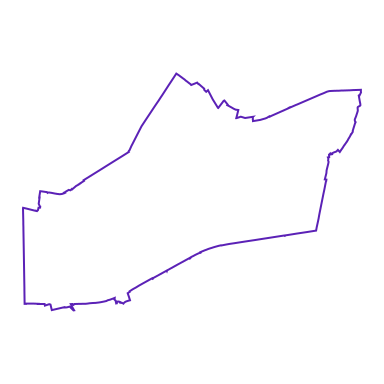 outline of Geldrop-Mierlo, Noord-Brabant, Netherlands
{"feature_id": "6326949B89092473221427", "entity_name": "Geldrop-Mierlo", "entity_type": "district", "adm_level": 2, "iso_a3": "NLD", "parent_name": "Netherlands", "parent_adm1": "Noord-Brabant", "projection": "albers", "projection_center": [5.589, 51.432], "detail": "fine", "context": "isolated", "style": "outline", "palette": "violet", "viewbox_px": 384, "rotation_deg": 0, "n_neighbors": 0, "source": "geoboundaries", "source_scale": "gbopen_adm2", "svg_char_len": 5541}
<svg xmlns="http://www.w3.org/2000/svg" viewBox="0 0 384 384"><path d="M24.6,303.9L25.6,303.9L25.5,303.6L33.5,303.6L38.5,303.8L38.4,304.0L44.6,304.0L44.9,305.6L47.1,304.9L49.2,304.2L49.8,304.3L50.5,304.6L51.8,310.1L64.3,307.2L64.3,307.5L64.5,307.5L66.7,307.4L69.4,306.7L69.7,306.6L72.2,309.1L73.5,310.4L74.1,310.3L72.5,307.5L72.4,307.5L72.3,307.3L72.1,307.0L71.9,306.4L71.7,306.0L71.5,305.5L71.3,305.1L71.1,304.7L70.8,304.1L72.6,304.0L73.2,304.7L73.4,304.9L73.7,304.7L73.9,304.6L74.0,304.5L74.5,304.0L78.0,303.9L79.8,303.9L80.3,303.9L82.4,303.8L83.7,303.8L85.5,303.8L87.4,303.6L90.1,303.2L90.4,303.2L92.8,303.0L95.5,302.9L98.8,302.5L100.7,302.2L104.2,301.5L106.4,301.0L107.6,300.3L110.3,299.6L111.0,299.3L113.0,298.6L114.7,297.9L114.6,298.8L114.2,299.3L114.4,299.5L114.8,299.9L115.3,300.4L115.5,300.5L115.7,300.8L115.7,301.0L115.9,302.1L115.9,302.3L116.2,303.1L116.2,303.4L116.8,303.3L116.8,303.2L116.8,302.9L117.2,301.6L118.9,301.5L119.4,302.0L120.1,302.7L120.6,302.2L121.5,302.9L121.9,302.8L123.4,303.6L123.5,303.4L123.6,303.2L125.2,301.9L125.6,301.7L126.3,301.4L127.8,300.9L130.0,300.3L129.8,299.6L129.4,298.4L129.0,297.0L128.2,294.7L127.7,293.2L128.0,293.0L129.5,292.0L129.7,291.9L129.6,291.3L131.3,290.2L132.5,289.4L134.1,288.5L135.4,287.8L136.1,287.4L139.0,285.6L143.1,283.3L152.3,278.2L152.7,278.8L153.0,278.6L153.1,278.1L162.2,273.1L166.0,271.0L166.7,270.6L166.9,271.0L167.1,270.4L178.1,264.3L188.9,258.4L189.7,258.7L190.0,258.4L189.3,258.2L191.6,256.8L193.3,256.0L194.9,255.1L196.5,254.3L198.2,253.5L199.8,252.8L200.3,252.9L200.6,252.7L200.3,252.2L201.4,251.7L203.1,251.0L204.8,250.3L206.5,249.7L208.2,249.0L210.0,248.4L211.7,247.9L213.5,247.3L215.2,246.8L217.0,246.3L218.8,245.8L221.0,245.3L221.2,245.5L226.3,244.5L227.4,244.3L229.6,243.9L234.4,243.2L238.2,242.6L244.0,241.7L247.9,241.1L254.6,240.1L262.9,238.8L266.2,238.3L277.1,236.6L284.2,235.5L284.5,235.8L284.8,235.9L285.2,235.4L288.5,234.9L296.6,233.6L306.0,232.2L316.1,230.6L316.7,227.3L318.0,221.4L318.6,218.5L319.1,215.6L319.7,212.5L321.7,202.5L323.4,194.0L324.4,189.3L325.9,181.6L326.2,181.1L326.4,179.6L324.8,179.4L325.8,175.5L326.4,173.1L326.6,170.3L328.2,163.9L328.6,161.9L328.1,160.5L328.4,158.7L327.9,157.4L329.2,157.1L329.0,154.7L329.5,154.2L330.1,153.6L330.4,154.5L332.0,154.2L331.7,153.5L333.5,152.6L334.2,152.3L335.9,151.7L336.5,151.4L337.9,149.9L339.8,152.0L340.4,151.1L340.7,150.6L341.1,150.1L341.3,149.6L341.6,149.3L342.3,148.4L342.4,148.1L342.6,147.9L342.8,147.6L343.9,145.8L344.6,144.8L344.8,144.7L345.0,144.3L345.2,144.0L345.4,143.7L345.6,143.5L346.5,142.1L347.0,141.6L347.2,141.0L347.4,140.8L347.6,140.5L347.7,140.4L347.8,140.1L348.7,138.4L348.9,138.1L349.1,137.9L350.0,136.3L350.4,135.5L350.7,134.8L350.8,134.9L352.8,131.8L352.7,131.0L352.9,130.3L353.8,127.3L354.0,126.7L355.3,122.5L355.5,122.5L355.6,122.3L355.5,121.9L355.2,121.8L354.9,120.8L354.8,120.5L354.8,120.3L354.8,120.0L354.8,119.9L354.8,119.7L354.8,119.4L355.7,117.2L356.1,116.2L356.5,114.9L357.3,112.5L357.8,110.8L357.7,108.8L357.6,108.0L357.6,107.7L357.8,107.1L358.0,106.9L360.1,105.7L360.4,105.2L360.3,103.9L359.8,101.4L359.0,96.9L359.1,96.5L358.7,95.7L358.8,95.4L359.6,95.3L361.0,92.4L360.9,92.1L360.9,91.9L360.9,91.5L360.9,91.1L360.9,89.8L359.0,89.9L358.6,89.9L352.9,90.1L349.8,90.3L343.8,90.5L341.9,90.5L339.2,90.7L334.7,90.8L334.4,90.8L330.5,91.0L329.2,91.1L327.7,91.5L327.3,91.6L327.0,91.7L326.5,91.9L324.3,92.9L322.1,93.8L321.1,94.2L320.8,94.3L320.7,94.3L320.3,94.5L315.7,96.5L310.6,98.7L304.8,101.2L297.4,104.4L296.9,104.6L296.3,104.8L288.8,108.1L288.9,107.8L288.3,108.1L288.2,108.4L277.8,113.0L277.4,113.2L271.5,115.8L269.7,116.7L269.5,116.3L269.1,116.5L268.7,116.7L268.4,116.9L267.1,117.7L265.5,118.4L263.0,119.1L260.3,119.9L259.8,120.0L259.0,120.1L257.9,120.3L255.5,120.7L253.0,121.1L253.0,120.0L252.8,119.7L252.8,119.4L252.9,116.9L253.0,116.8L245.1,118.0L240.8,116.7L236.6,118.1L236.3,118.1L236.8,116.2L238.2,110.5L238.3,110.0L236.1,109.7L235.9,109.7L235.7,109.7L235.3,109.5L234.9,109.3L234.3,109.0L233.8,108.8L231.6,107.5L228.0,105.5L227.8,105.4L227.7,105.4L227.3,105.2L227.7,104.6L224.4,100.5L223.9,100.7L223.5,101.0L222.5,102.4L218.2,108.0L218.0,107.9L212.7,99.3L208.0,90.2L206.2,91.8L204.9,90.5L204.5,90.2L204.2,89.6L204.1,89.1L204.2,88.7L201.2,86.1L200.2,85.2L198.8,84.0L198.4,84.1L197.2,82.6L191.7,84.8L191.2,85.0L190.9,84.7L190.5,84.1L189.7,83.6L186.5,81.1L186.1,80.9L185.8,80.6L185.5,80.4L184.7,79.6L182.9,78.3L178.6,75.1L176.3,73.6L170.6,82.3L168.8,85.0L162.0,95.5L161.1,96.8L158.5,100.8L156.7,103.4L154.4,106.8L149.3,114.5L146.1,119.3L141.5,126.3L137.4,134.3L132.3,144.3L131.5,145.8L131.1,146.7L129.4,150.5L129.0,150.7L128.4,151.9L128.6,152.1L121.3,156.7L114.2,161.1L105.4,166.6L103.2,168.0L91.8,175.1L83.6,180.2L84.0,180.9L83.7,181.1L80.4,183.2L80.5,183.3L80.1,183.6L78.8,184.3L78.6,184.4L78.6,184.6L76.2,185.9L72.1,189.4L71.8,189.0L70.4,190.3L68.7,189.9L68.4,190.1L65.8,191.6L64.8,192.3L64.2,192.6L63.9,192.7L63.8,192.8L64.0,193.1L64.3,193.2L64.1,193.3L63.1,193.6L62.4,193.8L62.2,193.9L61.9,194.0L60.8,194.1L60.1,194.2L59.9,194.2L59.1,194.2L58.7,194.1L58.1,194.0L56.8,193.9L56.6,193.8L55.2,193.6L53.7,193.3L51.2,192.8L49.7,192.6L49.4,192.5L47.8,192.5L47.5,192.8L46.8,192.0L46.5,191.9L46.7,192.1L42.0,191.4L40.2,191.2L39.2,197.5L39.6,197.5L38.7,203.8L39.9,206.5L40.2,206.6L40.1,207.6L39.6,207.6L39.0,207.9L38.5,207.8L38.0,210.1L37.1,211.0L36.4,210.8L36.4,211.0L33.8,210.4L30.2,209.5L26.6,208.6L23.1,207.8L23.0,208.3L23.3,221.7L23.3,223.9L23.4,227.3L23.4,228.7L23.9,257.7L24.3,282.3L24.4,287.9L24.4,290.1L24.6,303.9Z" fill="none" stroke="#5b21b6" stroke-width="2"/></svg>